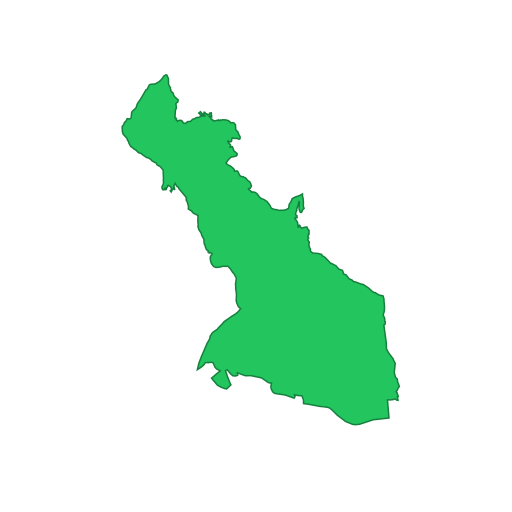 Milcoiu, Vâlcea, Romania (Natural Earth projection), rotated 66°
{"feature_id": "2599482B82610834296964", "entity_name": "Milcoiu", "entity_type": "district", "adm_level": 2, "iso_a3": "ROU", "parent_name": "Romania", "parent_adm1": "Vâlcea", "projection": "natural_earth1", "projection_center": [24.434, 45.034], "detail": "fine", "context": "isolated", "style": "filled", "palette": "green", "viewbox_px": 512, "rotation_deg": 66, "n_neighbors": 0, "source": "geoboundaries", "source_scale": "gbopen_adm2", "svg_char_len": 6120}
<svg xmlns="http://www.w3.org/2000/svg" viewBox="0 0 512 512"><g transform="rotate(66 256 256)"><path d="M364.5,338.4L365.5,336.9L363.5,331.3L361.4,331.4L354.7,331.1L348.3,330.5L348.1,328.6L353.5,327.1L356.1,325.8L357.4,323.2L357.5,321.2L355.2,320.5L361.0,314.5L363.3,309.2L369.6,300.5L376.5,296.3L377.4,295.4L378.4,293.5L381.1,295.4L383.1,296.1L386.1,296.1L387.5,295.8L389.3,294.6L394.9,285.8L401.4,279.0L400.3,277.5L398.4,277.3L400.7,274.2L402.3,271.0L406.6,271.1L410.2,272.6L412.6,268.6L419.4,258.8L421.6,254.9L423.7,251.7L424.9,250.5L427.8,249.1L434.7,246.4L443.7,241.4L449.1,236.2L450.4,234.1L451.8,230.0L453.3,215.5L458.1,200.4L440.9,194.4L442.2,191.6L443.1,188.5L442.9,187.6L443.1,187.0L444.9,186.1L445.6,185.0L442.0,184.0L442.2,183.2L440.4,182.9L438.4,183.0L438.2,182.7L436.8,183.1L435.9,181.2L434.9,180.6L433.5,178.1L428.6,177.8L425.8,177.0L423.6,177.9L418.7,177.1L410.8,172.5L406.8,172.7L406.0,172.5L398.1,174.3L394.0,174.6L388.3,172.3L371.1,167.3L370.8,165.8L368.6,164.6L367.6,164.8L365.3,163.8L361.7,163.8L358.1,160.9L354.1,159.0L348.6,157.2L347.5,156.6L344.0,156.2L342.1,159.0L339.2,161.3L338.1,161.7L337.4,163.0L335.2,164.4L331.0,166.2L325.5,169.7L324.4,171.4L320.0,175.8L319.3,177.2L316.9,178.1L314.9,180.1L309.7,181.5L308.2,183.2L304.3,182.8L301.6,185.7L297.5,186.9L293.3,190.2L293.3,190.7L285.7,193.3L282.7,195.3L281.1,195.5L279.0,198.2L276.3,203.0L274.4,204.0L272.9,204.1L271.9,203.4L269.9,203.7L268.8,203.3L267.7,203.4L264.9,201.6L264.0,202.0L261.8,202.0L261.1,200.7L260.7,200.5L259.4,200.8L257.8,198.9L257.3,199.1L257.1,198.4L254.1,197.1L252.8,197.7L250.2,197.7L249.4,200.3L249.2,202.9L247.8,203.5L246.2,203.5L245.5,203.9L245.7,204.4L247.0,205.4L246.9,205.7L242.2,204.4L240.0,204.6L238.0,205.3L236.8,204.6L236.7,204.3L237.8,203.3L237.6,202.8L235.7,202.2L234.5,203.0L233.9,202.9L231.7,201.2L231.0,200.2L229.5,199.6L226.8,196.9L223.8,194.6L224.2,194.3L230.4,197.5L233.2,197.8L234.2,197.7L234.6,197.2L234.5,196.4L232.6,194.3L232.1,192.7L229.7,192.5L226.4,190.9L222.7,189.6L220.1,189.1L218.2,188.3L218.5,191.2L218.1,196.0L218.3,199.5L220.5,201.9L222.3,204.7L225.4,206.6L225.7,207.3L225.9,209.5L225.4,212.2L223.6,216.5L221.8,218.7L221.0,220.2L219.2,222.0L218.2,222.6L215.2,222.7L210.7,223.8L207.3,226.0L206.6,227.0L204.1,228.7L199.7,229.7L197.8,230.7L196.1,232.8L196.2,233.8L194.8,234.2L192.3,235.6L191.5,235.6L191.7,233.5L190.2,231.7L187.2,231.4L185.6,231.6L183.6,232.8L180.2,233.8L179.3,234.9L178.2,235.5L178.0,236.3L176.7,237.7L175.4,238.1L171.1,238.2L170.3,239.2L169.9,241.1L167.9,240.8L166.8,241.1L163.5,242.7L161.9,244.2L159.6,245.5L158.6,245.4L158.3,244.4L157.0,242.5L155.7,239.2L155.6,237.8L156.2,236.2L156.6,233.2L156.3,232.5L155.2,231.7L154.7,231.6L151.0,233.4L146.6,233.1L146.3,233.4L146.4,235.1L146.1,235.5L144.7,234.3L143.9,234.1L141.2,235.2L139.7,235.1L139.5,234.7L141.1,233.5L141.4,232.2L141.0,231.6L138.8,230.1L138.5,229.6L139.9,227.8L140.7,225.7L142.4,224.0L142.5,223.2L142.2,222.7L140.3,222.0L137.9,222.3L135.5,222.0L132.4,223.1L127.8,221.4L125.7,221.9L124.7,222.9L124.3,224.6L121.3,226.0L119.6,227.9L117.9,231.2L117.8,232.3L117.3,233.1L117.4,233.7L117.1,234.1L117.3,234.4L116.5,234.8L116.8,235.4L116.3,235.9L115.6,239.6L114.8,239.8L114.0,240.3L113.9,240.7L112.9,240.8L112.3,241.4L110.8,241.3L109.6,242.0L109.6,241.2L110.2,240.2L110.8,239.9L109.4,239.3L108.2,239.3L107.5,238.6L107.0,238.6L106.6,240.4L107.7,241.2L107.4,242.9L106.2,243.0L105.6,244.0L103.9,244.3L103.6,245.1L105.0,245.2L105.5,246.0L103.5,247.6L101.6,248.0L102.0,249.9L102.3,250.2L103.0,249.7L104.0,249.5L104.9,249.6L105.2,250.0L104.9,248.7L105.1,248.1L106.0,247.1L106.8,245.7L107.3,245.8L106.0,248.9L106.1,252.1L105.3,254.0L105.6,256.1L105.3,258.3L106.4,261.0L105.4,264.0L106.2,266.5L104.9,268.4L103.2,268.4L101.8,269.0L101.0,270.5L100.7,272.3L101.0,273.0L99.6,273.5L98.8,272.9L98.3,273.5L97.4,273.0L96.7,273.8L90.0,270.3L88.6,268.6L84.0,267.1L83.5,264.7L81.7,263.6L77.3,265.6L75.7,265.8L73.3,265.5L70.7,266.7L69.8,266.2L68.3,266.2L67.5,265.7L63.8,266.1L58.2,263.8L54.2,263.9L53.9,264.6L54.1,266.9L56.1,270.2L57.3,273.4L57.8,277.9L57.2,280.0L56.3,282.2L56.3,283.3L56.6,284.3L59.0,287.0L59.3,287.5L59.5,289.0L65.5,297.3L68.6,302.4L71.9,305.4L73.5,310.2L74.4,311.3L78.7,313.7L79.3,314.4L79.4,315.8L78.1,317.8L79.8,319.8L80.6,322.0L82.1,323.3L83.4,325.7L88.1,327.5L90.8,327.8L96.1,326.0L98.2,326.3L99.3,325.9L101.5,326.2L105.0,325.9L107.8,324.2L108.8,323.9L110.2,322.7L113.9,321.3L115.7,319.1L117.2,318.6L121.8,315.7L122.5,314.5L125.0,312.8L126.6,312.4L129.3,310.5L130.2,309.4L132.5,309.3L135.7,307.0L139.7,305.9L148.0,309.2L148.6,309.7L151.6,310.7L153.4,312.3L154.2,313.5L155.8,314.3L156.1,314.0L156.8,314.3L157.8,314.0L157.8,313.4L158.1,313.0L157.3,311.8L158.5,311.8L158.8,311.4L158.5,310.7L157.3,310.3L157.5,309.8L156.6,308.4L155.8,308.2L155.9,307.1L158.3,305.7L159.4,305.7L161.3,306.7L161.8,307.3L161.7,307.8L162.9,307.5L162.1,306.9L162.3,306.4L162.1,306.1L161.4,306.2L160.6,305.6L161.2,304.7L160.5,303.9L162.0,303.4L161.9,303.1L158.6,302.5L157.9,302.0L157.6,301.1L156.8,300.4L160.1,300.0L161.9,298.8L162.9,299.1L173.8,296.0L175.0,296.1L175.0,296.3L176.7,297.1L178.0,296.8L181.6,297.2L183.7,297.7L185.2,298.6L185.8,298.6L188.7,296.5L189.8,296.4L191.7,295.6L195.4,292.5L200.8,295.1L204.4,296.3L205.2,297.0L208.6,297.5L213.0,296.8L215.1,297.2L219.4,296.8L223.8,298.4L224.9,298.0L225.7,298.4L229.9,298.7L230.4,298.6L230.7,297.9L231.5,297.7L232.8,298.1L232.9,297.4L233.7,297.3L234.1,297.6L235.1,295.5L236.0,295.2L236.7,295.7L237.2,296.9L238.4,298.3L241.8,299.5L244.9,299.8L248.3,299.0L250.2,297.3L251.5,293.3L252.0,289.9L253.2,287.9L253.7,285.9L257.4,284.6L261.5,284.0L263.2,283.3L267.6,283.0L268.6,283.2L273.6,286.3L275.5,286.8L277.1,287.7L283.0,289.4L288.8,292.3L291.6,292.7L295.3,292.7L297.9,291.4L299.6,294.9L300.6,298.1L301.1,302.1L303.0,311.9L304.2,314.2L306.2,319.4L307.2,321.1L307.9,325.5L308.9,328.1L310.4,329.9L310.5,330.5L312.2,331.5L313.3,332.6L315.8,336.1L326.3,347.4L330.6,351.7L336.0,355.8L335.4,351.9L334.4,348.2L332.8,345.6L334.2,342.5L334.9,339.9L336.3,338.6L340.8,338.7L343.1,338.0L346.3,335.4L349.5,346.3L358.3,343.8L361.5,341.4L364.5,338.4Z" fill="#22c55e" stroke="#15803d" stroke-width="1.5"/></g></svg>